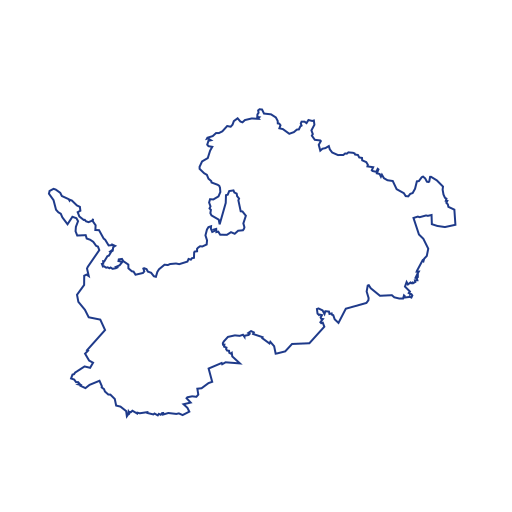 the district of Zongolica, Veracruz, Mexico, rotated 80°
{"feature_id": "50627088B83388448178787", "entity_name": "Zongolica", "entity_type": "district", "adm_level": 2, "iso_a3": "MEX", "parent_name": "Mexico", "parent_adm1": "Veracruz", "projection": "orthographic", "projection_center": [-96.939, 18.652], "detail": "fine", "context": "isolated", "style": "outline", "palette": "blue", "viewbox_px": 512, "rotation_deg": 80, "n_neighbors": 0, "source": "geoboundaries", "source_scale": "gbopen_adm2", "svg_char_len": 6118}
<svg xmlns="http://www.w3.org/2000/svg" viewBox="0 0 512 512"><g transform="rotate(80 256 256)"><path d="M351.6,453.2L352.7,450.8L353.4,451.3L356.5,446.9L354.0,442.3L351.7,431.8L357.5,430.4L358.6,430.8L360.7,428.8L363.2,428.3L366.8,425.5L367.2,423.5L372.3,419.9L379.0,419.7L380.8,415.6L386.2,410.8L391.4,411.0L389.7,409.3L387.2,408.5L388.8,407.9L387.7,407.1L388.0,406.2L386.9,404.6L390.5,400.4L389.7,400.0L390.7,397.8L390.9,390.1L391.7,390.3L394.2,384.6L393.5,383.3L395.9,380.4L394.6,379.1L395.8,377.4L394.4,375.8L394.5,374.7L396.0,375.0L395.4,369.6L397.7,361.9L397.6,359.3L399.9,355.9L397.7,348.7L393.6,349.9L389.4,353.1L389.0,345.8L384.0,349.1L383.2,348.1L383.1,343.2L384.3,339.2L382.5,336.9L376.5,336.8L376.8,332.6L372.9,324.8L372.3,321.0L358.6,322.2L355.4,308.4L356.7,308.1L355.4,304.4L359.0,290.5L350.8,296.8L347.2,296.7L347.8,297.7L346.7,299.1L344.7,299.0L344.1,300.9L342.5,301.6L341.1,301.0L339.7,303.2L337.8,302.5L337.6,303.9L336.1,303.8L334.5,302.5L330.8,297.7L330.5,290.6L331.8,285.9L331.3,282.5L333.6,281.4L332.5,281.2L332.5,277.0L331.6,275.8L330.5,277.0L329.1,273.9L330.9,271.4L332.3,272.4L337.1,263.6L338.0,264.1L344.5,257.9L343.0,256.8L348.0,253.8L355.6,253.6L355.6,252.0L355.0,243.8L348.9,235.8L351.2,218.6L337.5,201.0L333.3,201.8L333.5,203.4L332.4,204.1L329.7,201.1L329.1,202.7L327.7,203.0L325.7,201.3L324.7,203.5L325.1,204.2L323.4,205.4L318.8,205.2L318.5,203.6L321.1,199.9L325.0,198.6L322.4,197.3L323.4,193.8L325.8,193.7L325.7,191.5L326.9,191.5L327.7,190.2L332.0,189.5L336.2,186.4L323.5,176.7L321.4,155.4L319.1,153.0L317.0,152.4L310.2,153.2L304.5,151.1L304.3,150.0L307.7,148.6L316.7,140.8L318.2,129.0L320.7,127.0L322.8,122.2L323.4,118.5L320.5,117.1L321.3,116.5L322.7,117.1L323.0,111.5L323.9,110.2L322.0,108.9L320.6,109.6L320.7,110.6L319.6,109.9L320.1,110.7L319.0,112.0L317.7,110.6L312.0,114.6L307.8,112.2L310.4,111.3L308.9,108.5L309.8,107.9L309.3,106.4L310.1,106.1L309.2,103.6L307.6,103.7L307.9,101.3L305.8,101.6L305.2,102.7L303.1,101.2L305.3,101.0L304.9,100.3L301.0,99.6L299.6,98.4L299.3,100.5L298.6,100.1L289.2,92.7L290.2,92.0L287.9,90.9L285.6,87.8L278.7,85.1L268.1,88.2L263.1,91.8L245.9,94.3L245.3,89.8L246.2,88.1L245.6,81.5L246.3,79.8L246.1,76.0L255.2,77.3L257.9,72.2L260.3,64.9L259.9,54.2L244.8,52.6L241.0,58.0L238.5,58.1L236.7,59.3L235.0,58.1L234.6,59.5L232.6,58.5L231.5,59.8L228.0,60.7L223.1,60.7L220.1,59.8L212.9,64.8L208.4,69.9L208.3,70.8L212.8,72.5L213.1,73.3L212.5,74.8L209.0,75.9L206.8,77.7L207.2,79.1L210.5,82.6L210.4,84.6L217.4,87.7L221.2,90.8L221.6,93.3L223.7,95.7L223.0,98.2L219.8,99.5L214.6,105.9L205.9,108.3L204.2,113.4L201.6,116.5L197.8,117.9L199.6,119.2L196.7,120.0L195.6,122.6L192.0,120.4L191.3,121.0L194.0,123.0L192.5,126.5L191.7,127.1L188.9,125.2L187.1,130.7L185.6,130.0L182.7,131.1L180.2,134.8L177.8,134.6L176.9,137.2L174.2,138.1L173.3,140.8L172.1,141.1L171.2,142.6L170.0,147.0L171.0,148.8L170.5,150.4L171.7,152.5L170.8,157.8L167.3,163.0L163.8,164.8L160.4,165.2L161.8,168.9L161.9,171.9L163.4,174.4L157.4,174.9L154.1,172.2L153.4,172.6L151.8,177.9L147.2,180.1L145.8,178.9L141.9,179.6L136.9,175.7L132.6,175.5L132.8,177.1L131.2,180.7L133.9,183.2L132.1,184.9L131.6,187.8L133.3,188.9L135.5,188.5L136.0,189.8L138.8,191.8L138.6,193.8L140.6,197.2L141.4,202.0L135.7,207.5L134.3,210.8L131.5,209.2L129.7,210.1L129.2,211.5L126.7,211.2L123.0,212.4L119.1,216.6L117.1,223.4L112.8,224.6L112.1,227.0L113.0,228.6L115.4,228.6L116.8,230.0L119.2,230.6L119.9,228.7L120.7,229.9L121.4,229.5L119.8,236.3L120.2,243.3L122.0,246.1L120.9,248.0L117.2,250.2L119.3,254.4L122.6,256.3L124.3,258.5L123.0,261.8L127.4,267.5L128.5,271.2L128.0,274.0L130.4,277.8L131.1,283.3L132.0,284.0L131.9,282.8L134.2,280.3L134.3,282.8L137.9,284.7L139.6,283.7L140.9,280.1L144.3,282.9L151.2,286.5L153.5,292.7L158.4,296.1L160.4,296.4L165.5,292.7L167.5,290.3L171.6,289.4L174.4,287.1L175.9,287.0L179.2,281.4L180.5,280.0L182.5,279.6L186.8,280.0L190.8,282.6L192.9,288.2L192.1,291.4L195.2,292.9L199.2,292.2L201.1,293.5L202.7,292.4L205.9,293.5L208.3,292.8L213.7,286.4L218.5,286.3L198.5,276.6L190.9,275.0L190.7,273.2L187.4,271.1L187.5,266.8L189.7,266.3L191.2,264.2L193.8,264.2L196.5,262.7L198.1,263.7L209.3,263.3L209.8,261.6L214.6,259.0L221.7,262.8L225.7,262.4L227.1,263.1L228.4,264.4L228.0,269.2L230.4,273.1L228.2,276.5L230.1,281.0L228.8,287.6L225.5,288.9L225.6,290.9L222.4,290.5L222.6,292.5L223.1,291.9L224.2,292.9L224.7,294.9L221.1,295.7L218.9,295.1L219.3,297.8L221.4,299.7L226.9,302.2L232.1,301.5L236.1,302.6L237.3,307.2L236.7,309.4L237.8,311.7L238.7,312.8L241.1,313.2L241.0,315.7L241.8,316.3L247.0,317.4L247.1,319.6L248.3,320.8L247.2,322.9L249.6,324.5L250.7,333.0L249.5,336.1L249.0,342.0L249.6,344.4L248.7,347.6L252.2,353.8L254.5,355.9L259.1,358.2L258.2,360.1L254.3,362.2L252.6,365.2L249.9,366.1L248.6,368.3L248.8,369.1L251.8,368.7L253.1,370.3L253.5,377.9L250.1,379.3L249.5,380.9L246.0,383.8L242.3,383.2L238.0,387.6L235.6,388.5L235.5,391.7L237.1,392.3L238.6,388.6L241.5,392.0L242.4,395.7L243.3,394.8L243.7,396.2L243.7,399.5L242.1,401.2L242.6,402.5L241.4,404.1L241.5,405.6L239.7,407.5L239.8,408.6L237.1,409.1L237.1,407.8L234.6,407.4L235.0,406.4L230.4,402.4L230.1,400.8L227.2,398.3L226.4,399.0L225.4,397.0L226.4,397.4L225.9,396.2L222.5,395.1L221.6,393.0L219.8,395.6L220.3,395.8L220.0,399.3L213.8,401.7L212.4,403.0L203.3,406.1L202.5,409.7L197.9,408.6L193.4,410.7L191.1,410.0L192.7,411.0L193.6,415.0L192.3,417.4L190.6,418.4L190.6,419.4L186.4,423.1L181.9,424.0L180.9,421.1L177.0,420.9L175.1,423.6L169.4,427.7L168.4,429.4L169.1,430.0L167.5,430.6L163.2,436.8L159.8,437.8L155.8,441.7L154.7,443.7L156.1,448.0L158.7,449.1L165.8,445.7L175.7,444.9L178.6,443.1L180.5,440.9L184.3,440.0L192.0,436.1L185.5,430.0L187.6,426.3L190.8,425.2L196.0,428.3L200.3,429.4L204.8,428.5L205.9,420.1L209.4,419.7L211.2,416.5L213.8,413.8L218.2,411.7L219.3,410.0L223.0,409.3L237.4,423.5L239.0,424.6L246.7,424.2L244.9,426.1L245.6,428.6L254.7,430.3L263.1,439.0L270.3,438.9L279.3,433.8L287.3,431.4L291.6,420.4L302.7,417.5L319.4,438.7L320.1,437.9L322.5,441.3L330.0,438.5L332.8,435.0L337.3,438.8L335.0,444.0L339.4,454.4L340.8,455.7L340.9,457.3L344.5,459.4L346.1,456.5L349.0,455.1L349.3,453.1L351.3,451.9L351.6,453.2Z" fill="none" stroke="#1e3a8a" stroke-width="2"/></g></svg>